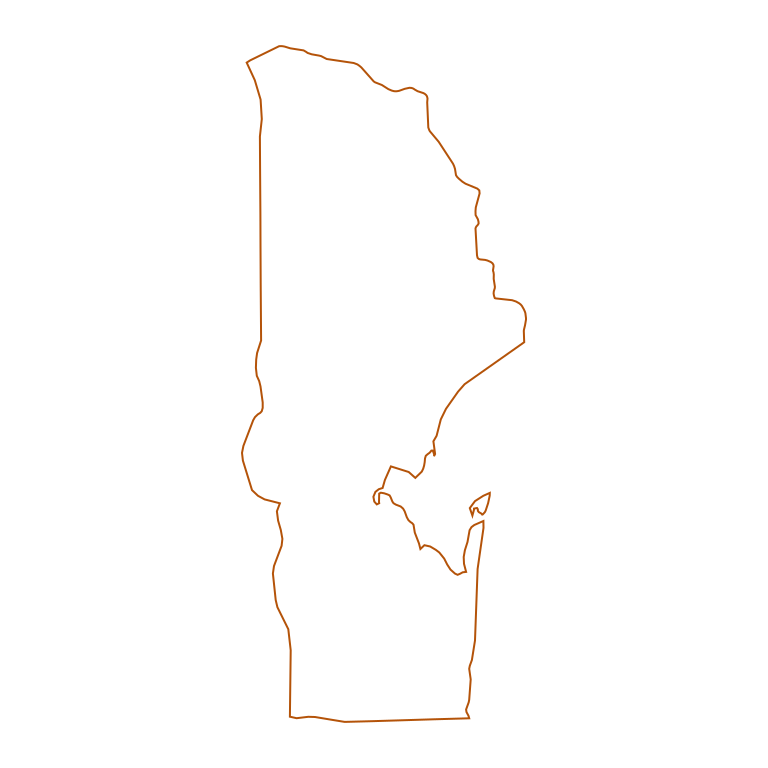 an SVG outline of Maputo
{"feature_id": "MOZ-1927", "entity_name": "Maputo", "entity_type": "Province", "adm_level": 1, "iso_a3": "MOZ", "parent_name": "Mozambique", "parent_adm1": "", "projection": "mercator", "projection_center": [32.628, -25.536], "detail": "fine", "context": "isolated", "style": "outline", "palette": "amber", "viewbox_px": 768, "rotation_deg": 0, "n_neighbors": 0, "source": "natural_earth", "source_scale": "10m", "svg_char_len": 3206}
<svg xmlns="http://www.w3.org/2000/svg" viewBox="0 0 768 768"><path d="M289.9,716.7L290.7,650.3L288.3,629.2L277.4,607.2L275.7,600.0L272.9,573.5L274.0,566.0L281.6,545.8L282.4,538.9L280.8,530.0L278.1,520.6L276.9,511.3L279.9,503.3L264.6,499.4L258.0,495.8L252.0,490.1L242.9,460.6L242.0,452.9L243.4,445.9L253.2,420.2L255.0,417.1L257.9,414.3L260.2,412.9L261.7,411.3L262.7,407.9L262.7,402.4L260.5,386.4L259.2,381.1L256.8,375.8L255.9,367.8L256.2,359.5L257.1,353.0L261.1,340.5L260.7,285.3L260.5,244.8L260.4,214.5L260.1,171.8L259.9,136.5L261.8,119.1L260.6,99.6L254.8,80.2L246.7,62.6L250.3,60.3L279.1,46.2L280.8,46.1L282.6,46.2L284.7,46.6L290.2,48.3L303.6,50.4L306.5,52.1L307.5,52.9L311.7,54.3L319.1,55.6L321.1,56.1L326.7,59.0L353.7,63.0L357.4,64.4L359.4,65.8L361.3,67.4L373.7,81.4L375.0,82.3L381.9,85.0L388.3,89.1L391.8,90.6L394.1,91.2L396.1,91.3L397.7,91.1L399.2,90.8L404.8,88.8L409.4,87.8L411.2,87.9L412.7,88.3L413.8,88.9L414.8,89.6L417.6,91.2L423.4,93.1L424.7,93.8L426.1,95.0L426.9,96.2L427.3,97.5L427.5,98.6L427.2,102.4L428.3,127.5L428.8,128.9L429.3,130.2L429.9,131.3L438.7,141.8L453.0,163.7L454.1,166.1L455.0,168.9L456.0,175.2L457.1,176.9L458.9,178.7L462.4,181.7L465.5,183.7L477.3,188.6L479.3,190.4L479.6,193.4L475.8,207.4L475.5,211.2L475.6,215.1L477.9,219.3L478.5,221.8L478.6,223.5L478.0,224.6L477.2,225.6L476.4,226.4L475.8,227.5L475.5,228.5L477.0,255.3L477.6,257.9L478.7,258.9L480.0,259.4L485.1,259.9L487.4,260.5L490.8,262.0L492.5,263.3L493.4,264.8L493.6,266.3L493.2,269.0L493.0,270.1L493.1,271.1L493.5,272.2L493.8,274.5L493.7,278.9L494.9,286.7L494.8,288.1L493.8,291.4L493.7,292.3L493.6,293.5L494.0,295.8L494.8,298.1L495.7,298.4L512.1,300.2L516.0,301.5L519.2,303.3L520.8,304.6L521.9,305.9L523.9,309.4L525.0,311.9L525.4,313.3L526.0,318.1L526.0,319.6L525.0,325.4L524.0,329.5L523.8,330.9L524.2,342.2L464.6,384.2L458.1,391.6L446.0,408.8L440.8,419.4L436.6,435.8L433.4,441.3L435.1,454.0L434.0,456.2L434.2,454.8L433.7,453.0L432.8,450.6L431.4,450.6L429.7,452.7L427.6,454.2L425.8,455.8L425.0,458.5L424.7,462.1L424.1,465.6L423.2,468.7L421.8,471.6L415.3,477.9L408.7,472.0L390.9,466.4L384.9,480.0L382.6,488.0L378.8,489.2L375.4,491.9L373.4,496.8L374.3,501.6L376.8,504.4L379.2,503.2L379.0,502.0L379.2,493.6L380.8,492.7L384.2,493.3L387.7,494.5L389.6,495.4L390.7,497.4L392.4,501.6L393.5,503.2L395.8,504.6L400.7,506.5L403.1,508.6L404.7,511.4L406.8,517.2L408.4,520.1L410.4,522.0L412.2,523.2L413.5,524.7L414.8,532.6L419.0,543.5L420.4,549.0L424.4,545.2L430.2,546.5L435.9,549.9L439.3,552.5L444.2,558.6L447.2,564.5L450.5,569.6L455.0,573.6L457.6,574.8L460.0,573.8L462.7,572.3L466.1,571.9L464.0,563.8L463.7,557.0L464.9,550.2L467.5,542.0L469.6,530.2L471.5,527.1L474.3,525.0L483.4,521.0L483.5,527.9L477.6,569.0L475.0,640.5L471.9,660.0L469.8,665.8L469.2,668.8L470.7,679.4L469.2,699.8L468.7,702.3L466.1,709.5L466.5,712.1L468.5,715.8L469.2,718.3L433.6,719.3L401.3,720.3L371.6,721.2L344.7,721.9L331.8,719.8L315.0,717.0L308.3,716.8L296.6,718.2L289.9,716.7ZM472.4,515.6L469.8,508.1L475.0,501.1L483.3,495.8L489.8,492.9L489.7,495.7L488.1,503.2L485.7,510.5L484.9,512.1L482.8,514.4L482.2,514.6L481.4,513.6L478.8,512.1L477.9,510.9L477.8,509.2L477.0,508.0L474.0,508.6L474.0,509.7L472.4,515.6Z" fill="none" stroke="#b45309" stroke-width="2"/></svg>